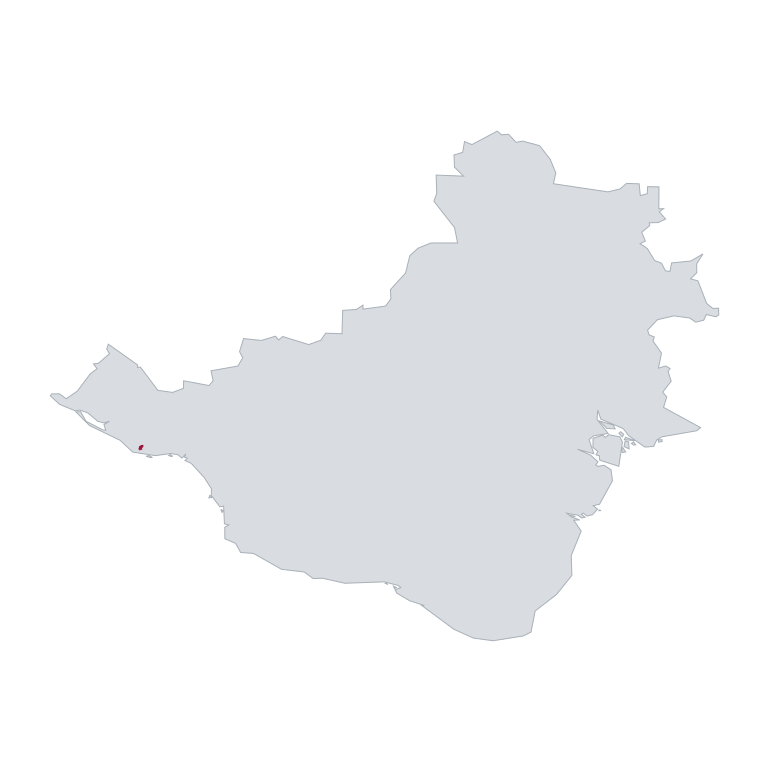 Rio Fortuna, Santa Catarina, Brazil (highlighted), rotated 91°
{"feature_id": "56859067B10266050970053", "entity_name": "Rio Fortuna", "entity_type": "district", "adm_level": 2, "iso_a3": "BRA", "parent_name": "Brazil", "parent_adm1": "Santa Catarina", "projection": "equal_earth", "projection_center": [-49.197, -28.079], "detail": "fine", "context": "in_parent", "style": "filled", "palette": "rose", "viewbox_px": 768, "rotation_deg": 91, "n_neighbors": 0, "source": "geoboundaries", "source_scale": "gbopen_adm2", "svg_char_len": 4571}
<svg xmlns="http://www.w3.org/2000/svg" viewBox="0 0 768 768"><g transform="rotate(91 384 384)"><path d="M220.9,121.0L227.8,129.0L236.5,125.2L239.2,130.4L244.0,123.1L255.8,115.6L258.4,108.6L265.9,104.6L266.5,100.1L257.9,98.5L255.7,79.5L248.4,67.4L258.4,73.5L267.3,73.2L273.5,79.4L275.4,71.9L297.8,62.8L302.7,56.6L302.4,50.8L309.1,50.5L311.0,53.2L308.9,62.9L314.7,65.5L316.7,73.4L312.7,79.5L310.8,95.2L315.0,111.8L325.5,121.4L330.1,119.9L332.3,114.6L336.3,115.8L348.3,107.1L363.4,109.9L361.1,102.8L363.5,98.2L366.4,100.2L376.2,96.9L387.3,105.2L392.0,101.1L402.5,104.1L422.1,66.7L425.3,70.6L431.9,105.0L435.2,110.4L441.7,113.3L442.5,122.1L431.3,138.6L424.4,144.0L415.3,166.6L406.4,169.8L415.8,170.4L429.5,159.0L432.2,173.5L435.9,178.0L450.1,173.0L445.9,189.3L451.5,176.2L458.0,168.7L461.2,170.9L462.7,168.6L461.4,162.7L465.8,155.5L476.8,153.9L500.4,166.4L502.1,172.7L505.4,168.3L511.0,173.2L512.5,178.6L509.6,182.4L510.8,184.3L513.8,180.7L514.5,184.1L511.8,187.8L510.0,198.9L513.7,194.3L516.5,186.0L516.9,191.9L527.6,184.3L552.3,193.8L572.1,192.8L591.5,207.9L608.3,228.9L629.5,232.7L633.5,240.4L638.8,270.5L636.5,290.1L628.0,309.9L604.8,342.4L604.8,339.8L600.3,354.5L593.0,367.4L589.6,369.4L587.2,363.6L585.1,366.5L581.8,380.3L583.9,419.6L579.3,442.2L579.8,451.3L573.3,460.7L571.1,483.2L555.7,511.5L554.9,524.4L545.9,529.6L541.5,540.4L530.0,540.7L527.6,536.6L526.6,541.1L508.9,542.2L509.7,545.9L498.4,554.8L492.0,554.6L480.8,562.0L466.7,575.4L464.0,581.7L461.5,579.3L460.6,582.2L457.4,580.9L461.6,584.7L458.3,588.9L457.2,595.9L459.6,611.3L456.5,634.0L444.9,646.9L430.7,677.7L417.3,691.5L417.0,686.9L426.5,681.2L434.8,664.4L435.0,661.4L429.4,663.3L426.0,657.8L427.8,663.2L426.3,669.5L418.0,679.7L415.4,687.8L416.2,692.3L410.1,707.9L401.6,717.5L399.7,716.1L399.5,708.4L404.3,701.5L396.5,690.5L379.1,678.0L373.7,671.1L369.0,674.8L368.3,669.9L358.5,659.0L353.9,661.9L349.0,660.3L369.3,630.6L371.8,630.8L371.3,627.9L394.3,610.0L396.1,595.2L391.8,584.4L384.3,584.4L388.6,558.9L383.7,554.9L373.8,557.2L368.6,530.4L360.3,525.7L354.2,529.0L341.0,525.2L342.6,507.4L338.1,493.3L341.8,490.1L338.3,486.1L345.9,460.0L341.4,448.0L334.2,443.2L334.5,426.9L311.1,426.6L310.0,413.0L305.5,406.4L309.5,406.3L306.1,383.8L298.6,378.6L289.5,379.2L272.7,364.4L255.2,360.4L247.6,352.3L242.2,339.6L241.7,312.9L226.4,316.2L200.4,337.3L192.5,334.6L174.2,335.5L174.8,308.1L166.0,317.3L153.8,318.0L151.0,309.4L140.2,307.7L143.1,300.3L129.2,275.2L132.8,270.9L132.2,263.8L140.1,256.1L138.7,249.7L143.0,232.6L156.5,221.7L170.0,215.9L180.8,218.1L188.0,163.5L184.9,151.5L179.2,145.0L179.4,132.4L191.2,131.0L189.1,124.1L182.1,123.9L182.1,112.5L204.0,112.3L203.8,107.6L207.1,111.8L214.1,105.3L217.8,112.6L218.2,121.7L220.9,121.0ZM437.9,144.6L462.2,147.8L456.4,167.0L452.0,167.4L451.2,170.7L447.6,169.1L443.7,174.0L434.6,174.0L431.3,164.3L433.6,161.9L430.8,158.5L432.7,147.3L437.9,144.6ZM417.3,167.8L421.0,154.0L424.8,152.1L424.5,160.5L417.3,167.8ZM444.6,137.8L442.3,142.9L436.7,141.8L437.6,138.5L444.6,137.8ZM436.3,132.1L435.4,142.7L433.0,141.6L436.3,132.1ZM448.4,144.5L445.0,145.1L443.4,144.2L447.7,141.1L448.4,144.5ZM432.7,144.9L429.1,148.3L427.6,146.5L430.2,143.4L432.7,144.9ZM439.2,135.6L437.5,133.5L440.4,131.3L440.7,133.3L439.2,135.6ZM437.3,108.5L435.2,108.9L434.8,105.1L436.7,104.9L437.3,108.5ZM460.4,620.7L459.7,617.5L461.3,614.6L461.8,615.5L460.4,620.7ZM500.4,553.5L500.9,557.1L498.5,556.3L500.4,553.5ZM459.3,598.1L458.2,596.3L459.8,594.3L460.3,595.1L459.3,598.1ZM513.2,192.0L511.7,195.9L513.2,190.3L513.2,192.0ZM588.3,370.0L585.9,371.1L587.4,368.0L588.3,370.0ZM515.2,543.7L512.8,544.8L512.3,544.2L513.8,542.5L515.2,543.7ZM584.2,377.1L583.3,379.2L582.7,377.8L584.2,377.1ZM506.7,164.8L506.9,167.0L506.2,166.7L506.7,164.8Z" fill="#d9dde1" stroke="#a8b0b8" stroke-width="1"/><path d="M453.7,627.0L453.5,626.9L453.4,626.9L453.4,626.7L453.3,626.4L453.3,626.2L453.3,625.9L453.3,625.7L453.2,625.4L452.2,626.0L452.1,625.9L451.9,625.8L451.9,625.7L451.7,625.7L451.8,625.6L451.7,625.5L451.7,625.4L451.4,625.2L451.4,624.9L451.2,624.9L450.9,624.9L450.9,625.0L450.7,625.0L450.7,624.9L450.6,624.7L450.5,624.4L450.4,624.3L450.4,624.2L450.2,624.1L450.1,624.3L450.0,624.5L449.9,624.5L449.9,624.8L449.9,625.0L450.0,625.0L450.1,625.3L450.3,625.4L450.3,625.5L450.3,625.8L450.4,626.0L450.5,626.3L450.8,626.4L450.9,626.5L451.0,626.7L451.0,626.8L451.0,627.0L451.3,627.1L451.6,627.1L452.0,626.8L452.0,627.0L452.2,627.3L452.3,627.3L452.3,627.2L452.5,627.2L452.6,627.3L452.8,627.3L453.0,627.4L453.1,627.5L453.2,627.4L453.3,627.4L453.4,627.2L453.5,627.2L453.7,627.0Z" fill="#f43f5e" stroke="#9f1239" stroke-width="1.5"/></g></svg>